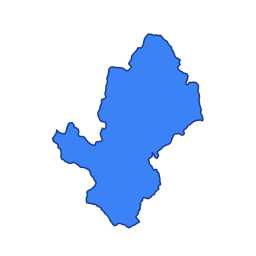 Tarumirim, Minas Gerais, Brazil, rotated 285°
{"feature_id": "56859067B24314979756664", "entity_name": "Tarumirim", "entity_type": "district", "adm_level": 2, "iso_a3": "BRA", "parent_name": "Brazil", "parent_adm1": "Minas Gerais", "projection": "mercator", "projection_center": [-41.91, -19.288], "detail": "fine", "context": "isolated", "style": "filled", "palette": "blue", "viewbox_px": 256, "rotation_deg": 285, "n_neighbors": 0, "source": "geoboundaries", "source_scale": "gbopen_adm2", "svg_char_len": 4577}
<svg xmlns="http://www.w3.org/2000/svg" viewBox="0 0 256 256"><g transform="rotate(285 128 128)"><path d="M217.5,149.1L218.1,147.5L219.2,145.6L220.6,144.4L221.7,143.4L222.3,141.6L222.8,140.0L223.5,138.7L224.8,137.4L225.8,135.7L225.3,133.6L225.2,131.9L225.0,130.5L224.0,129.0L224.5,127.0L224.3,124.9L223.7,123.1L222.0,122.3L220.4,121.5L218.6,120.9L216.6,120.9L214.4,120.9L212.7,121.1L210.8,120.9L209.2,120.3L208.4,118.9L208.1,117.0L206.6,116.5L205.2,116.4L203.6,115.3L201.5,114.4L200.1,113.6L198.3,113.0L196.9,113.3L194.7,113.3L192.8,112.6L191.5,112.2L190.2,112.1L189.2,113.3L188.5,115.2L186.6,115.0L184.6,114.0L183.7,112.9L182.8,111.9L183.6,109.9L184.4,107.7L184.4,106.2L184.2,104.2L183.5,102.5L183.4,101.0L183.1,99.2L183.0,97.0L181.8,95.2L179.9,94.4L178.0,94.6L176.1,94.9L174.5,94.9L172.9,95.3L171.7,94.6L170.0,95.0L168.1,95.9L166.1,96.4L164.5,96.1L162.8,96.0L161.1,96.4L159.8,96.7L158.0,96.8L155.8,96.8L154.4,97.2L153.3,98.1L151.9,98.9L150.6,98.0L149.7,96.9L149.1,95.5L147.5,95.2L145.9,96.0L143.5,95.8L141.2,95.5L139.3,96.0L138.0,95.7L135.9,95.1L134.0,95.2L132.4,96.0L131.1,96.7L130.1,97.7L128.6,98.7L127.4,100.5L127.6,102.2L127.9,103.5L127.3,105.0L125.8,106.0L124.3,106.3L122.8,106.4L121.3,106.1L120.4,105.1L121.2,103.5L119.6,103.0L117.7,102.9L116.1,102.7L114.4,103.1L112.7,104.2L111.3,105.4L109.6,106.3L108.2,105.4L107.4,103.5L106.9,102.2L105.8,100.7L104.1,100.6L102.8,100.5L102.4,98.9L102.7,97.0L103.0,95.3L103.9,93.4L105.3,91.4L106.2,90.0L107.8,88.5L108.0,85.9L107.4,83.9L107.8,82.5L109.1,81.6L110.8,81.5L112.4,81.2L113.9,80.0L114.7,78.2L115.0,76.0L116.1,75.2L117.5,74.4L118.6,72.6L117.9,70.7L116.3,69.3L114.5,69.2L111.0,69.1L109.5,69.2L107.7,69.0L106.0,68.2L105.7,65.9L105.6,64.4L105.8,63.0L106.5,61.4L107.3,59.9L105.6,60.0L103.7,60.0L102.2,59.2L99.8,58.7L98.7,57.9L96.8,58.7L95.6,60.0L95.1,61.4L94.7,63.1L93.8,64.8L91.2,65.4L90.5,66.7L89.9,68.1L88.6,69.1L87.3,69.6L86.0,70.1L84.0,70.4L82.4,70.9L80.8,72.2L80.5,74.3L79.5,76.0L79.0,78.5L78.8,80.4L79.3,82.2L80.7,84.1L80.5,86.4L79.6,88.2L79.1,90.2L78.2,91.4L77.8,92.8L78.2,94.5L78.5,96.4L78.0,98.2L77.8,99.8L76.9,101.8L75.4,102.9L73.8,103.8L72.4,105.0L71.5,106.6L70.4,108.0L68.8,109.2L67.2,111.2L65.3,111.4L63.9,111.0L62.5,110.3L61.1,109.5L59.4,108.5L58.0,106.7L56.8,105.4L55.3,104.9L53.5,105.8L51.6,106.5L50.2,105.8L48.5,106.1L46.8,106.7L45.2,107.4L45.3,109.7L45.6,111.7L45.4,113.3L45.5,114.9L45.9,116.5L44.9,118.0L44.4,119.7L44.4,121.4L43.7,122.6L42.3,123.5L41.7,124.8L41.1,126.3L39.7,127.4L39.2,128.9L38.3,130.3L37.4,131.7L36.2,133.1L34.7,134.1L33.3,135.5L32.1,137.3L30.9,138.5L30.2,139.9L30.8,141.6L32.5,142.6L33.4,143.7L33.9,145.3L33.4,147.5L33.7,150.1L33.1,151.4L32.3,152.5L32.0,154.9L33.3,156.4L34.5,157.1L35.4,158.7L37.0,160.3L38.5,161.6L40.3,163.3L41.4,162.3L42.1,161.2L43.1,159.7L44.5,158.3L45.6,159.0L47.2,159.8L48.8,160.2L50.8,159.6L52.2,160.7L53.8,160.4L55.6,159.9L57.3,160.2L58.6,159.6L60.2,159.6L61.7,160.7L63.6,160.5L65.0,161.2L64.9,163.3L64.8,165.4L65.8,166.8L67.2,168.0L69.1,168.6L70.8,170.7L72.7,170.7L74.0,171.5L75.3,172.3L76.6,173.3L77.9,173.3L78.8,172.4L80.3,172.6L81.7,174.0L83.5,173.5L84.5,172.4L86.2,172.4L87.6,171.7L89.3,170.8L91.6,169.8L93.1,168.6L93.6,166.9L95.2,166.7L95.0,164.8L94.0,163.8L94.9,162.5L96.8,161.2L98.0,159.3L98.7,158.1L99.9,157.6L101.4,157.0L102.8,155.8L104.6,156.8L105.8,158.0L107.4,158.7L108.8,158.3L110.2,158.0L109.8,159.2L108.7,160.2L107.5,160.7L106.8,161.9L106.1,163.7L107.4,164.3L108.8,164.6L110.2,164.2L111.1,163.0L113.0,162.8L114.7,164.0L116.1,165.3L117.5,166.0L119.2,166.9L120.1,167.9L121.1,169.1L122.5,170.9L123.6,172.2L125.3,172.9L127.6,173.2L129.6,173.4L131.6,173.6L133.2,174.0L134.5,175.1L135.0,176.4L135.6,178.0L135.6,179.9L135.0,182.0L136.1,183.6L137.9,183.6L139.0,182.6L140.9,182.5L142.1,183.9L143.9,184.9L145.6,185.3L146.9,186.5L148.6,187.9L150.4,189.0L151.6,190.3L152.9,191.8L153.5,193.4L154.1,194.8L154.4,196.4L154.3,198.1L155.6,198.1L157.0,197.5L158.3,197.0L159.5,196.0L160.6,194.9L162.1,194.0L164.1,194.2L165.4,193.4L166.8,192.6L168.0,191.9L169.0,191.1L170.5,190.6L171.9,189.9L173.8,189.3L176.5,189.0L178.0,188.4L179.2,187.8L180.4,187.0L181.7,185.8L183.3,185.8L185.4,185.6L187.1,185.0L188.5,183.8L189.3,182.0L189.5,180.6L188.9,178.8L188.3,177.0L187.8,175.3L185.6,174.6L185.0,173.3L186.1,172.4L188.0,172.2L189.3,172.7L191.3,172.7L193.5,172.6L195.1,171.5L195.6,169.5L195.4,167.5L196.3,165.7L196.6,163.7L197.6,161.8L199.3,160.3L201.1,160.9L202.9,161.9L204.0,160.6L205.5,160.6L207.2,160.7L207.8,159.2L208.1,157.7L208.7,155.5L210.0,154.5L211.7,153.2L213.5,152.0L214.7,150.7L216.0,149.2L217.5,149.1Z" fill="#3b82f6" stroke="#1e3a8a" stroke-width="1.5"/></g></svg>